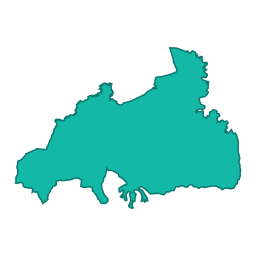 Na Kae, Nakhon Phanom, Thailand
{"feature_id": "78962969B53080362722064", "entity_name": "Na Kae", "entity_type": "district", "adm_level": 2, "iso_a3": "THA", "parent_name": "Thailand", "parent_adm1": "Nakhon Phanom", "projection": "albers", "projection_center": [104.436, 16.963], "detail": "fine", "context": "isolated", "style": "filled", "palette": "teal", "viewbox_px": 256, "rotation_deg": 0, "n_neighbors": 0, "source": "geoboundaries", "source_scale": "gbopen_adm2", "svg_char_len": 5803}
<svg xmlns="http://www.w3.org/2000/svg" viewBox="0 0 256 256"><path d="M233.8,188.2L236.4,183.6L237.3,183.7L237.8,180.2L239.2,179.3L240.4,175.0L240.1,173.4L240.6,170.3L239.7,166.2L240.0,165.0L238.8,162.2L239.8,158.4L238.2,151.6L238.2,141.8L236.6,135.0L236.1,134.9L235.2,132.9L233.3,133.8L231.4,129.6L228.4,133.0L227.7,132.9L226.7,131.1L226.1,132.7L225.4,132.8L224.9,131.6L225.9,130.7L225.3,129.2L227.4,127.9L227.4,127.4L226.4,127.2L226.6,124.8L228.2,122.9L226.9,121.0L223.8,121.8L223.0,120.5L222.1,120.2L220.6,120.6L220.3,121.8L218.8,121.5L217.3,122.3L217.8,120.9L216.6,119.3L216.6,118.6L217.4,118.6L217.8,116.9L219.2,116.4L219.6,115.6L218.8,113.8L216.8,113.2L217.0,111.1L213.6,109.7L212.5,110.1L211.6,111.7L209.7,112.0L209.5,115.6L208.7,116.2L207.2,115.9L206.4,118.0L204.1,117.1L203.1,115.7L203.3,112.0L202.3,110.7L200.4,112.0L197.8,111.3L196.6,112.9L195.8,112.3L196.1,111.0L198.0,109.3L200.8,108.9L203.0,109.4L204.1,108.7L205.0,106.9L204.7,106.0L200.8,104.2L199.0,99.3L200.2,97.5L204.7,96.6L206.8,94.9L208.2,92.6L208.0,91.6L206.6,91.1L206.4,90.6L208.0,88.6L208.3,83.6L207.5,82.4L208.5,82.4L208.6,81.7L207.4,81.5L207.3,83.5L206.7,83.6L205.9,80.9L202.6,79.9L201.3,77.8L202.5,76.6L204.3,77.6L204.7,77.1L205.4,77.6L206.4,77.2L206.6,75.8L207.3,75.6L207.2,74.3L203.8,71.9L204.4,71.7L204.9,69.9L205.4,70.7L206.6,69.7L204.7,68.6L204.9,67.9L203.3,68.2L203.0,67.4L204.5,65.8L205.3,65.3L205.4,66.0L207.0,64.8L207.2,63.1L206.0,62.3L205.4,63.1L202.3,61.8L201.7,60.8L202.6,59.9L201.8,59.4L202.0,58.9L201.4,58.0L202.3,57.2L201.9,56.7L200.4,56.5L200.8,57.5L199.7,57.3L200.1,58.0L199.4,58.4L199.3,57.7L197.3,57.2L196.8,56.7L197.1,56.0L196.4,56.5L195.7,55.3L196.3,55.3L196.8,54.1L195.8,54.2L195.2,52.2L192.5,50.8L190.7,52.5L190.9,53.0L190.0,53.3L189.9,52.8L188.4,52.6L188.1,51.4L187.3,50.8L186.6,51.8L176.6,48.1L169.8,47.8L173.5,60.1L173.5,62.5L174.6,64.0L175.5,67.1L176.7,68.4L177.0,69.9L176.4,71.8L171.3,74.1L162.0,76.7L156.5,77.1L155.6,78.2L154.7,83.4L154.0,84.7L155.0,85.2L155.0,86.5L155.5,86.5L155.3,87.1L155.7,86.9L155.6,87.9L156.1,88.2L154.4,88.5L154.2,87.9L153.1,87.8L153.0,88.5L147.3,91.8L145.0,94.3L130.7,101.2L123.3,103.1L122.5,104.4L120.4,105.1L117.7,104.1L117.5,103.5L116.8,103.4L116.8,101.7L115.8,102.0L115.2,100.6L112.9,100.1L113.0,99.2L111.9,98.8L110.5,100.1L109.7,99.8L110.2,98.4L109.7,96.8L111.6,95.8L110.4,95.2L110.7,94.2L111.2,93.8L112.2,94.7L113.1,93.7L112.7,90.9L111.2,90.2L111.5,89.3L110.8,86.4L111.7,85.1L111.7,83.7L110.4,83.4L110.0,83.8L109.3,83.1L108.5,84.4L109.4,84.5L110.0,85.3L108.2,84.8L107.8,85.2L106.9,83.7L106.1,84.4L105.9,83.6L104.9,83.0L104.0,83.7L103.2,83.5L102.0,86.0L101.5,84.8L100.1,85.6L99.7,86.0L100.7,86.2L100.2,86.6L100.6,87.7L99.5,88.8L100.1,88.7L100.5,89.6L101.9,89.1L102.1,89.9L101.1,91.2L101.0,92.0L101.7,92.1L101.2,93.0L100.0,92.4L99.0,93.2L98.1,93.0L97.6,93.7L97.6,94.5L98.3,95.0L97.8,95.5L98.3,95.7L97.9,96.3L97.4,95.5L96.2,96.0L96.1,94.6L95.1,95.1L95.6,95.3L95.0,95.9L93.5,95.6L94.3,96.4L93.7,96.9L93.3,96.4L92.3,96.8L91.8,95.9L90.1,95.7L88.1,96.7L88.1,98.7L86.3,100.4L85.2,100.0L83.7,101.7L80.8,101.2L80.6,100.7L79.8,101.1L79.8,102.1L77.5,102.4L78.7,102.8L78.6,103.2L76.5,104.5L77.2,106.6L76.4,107.6L76.5,108.7L75.2,109.9L75.3,110.9L76.1,110.9L75.9,112.3L76.6,112.5L75.7,113.5L75.2,113.2L74.6,113.6L74.5,114.1L75.2,114.2L74.6,115.1L73.9,115.5L73.4,114.7L72.3,115.2L70.2,114.8L69.4,116.8L69.1,115.9L67.7,116.7L67.6,116.3L66.1,116.6L66.2,117.0L65.5,117.4L65.8,118.0L65.4,117.8L64.5,118.5L64.7,119.9L64.1,120.4L62.8,120.4L62.7,120.8L61.5,120.1L60.3,120.3L60.6,119.9L59.2,119.3L58.1,119.3L57.8,120.0L56.8,119.5L56.8,120.3L55.9,119.7L55.1,120.2L55.5,120.7L55.2,121.4L56.2,122.5L57.2,125.5L56.5,126.4L55.8,126.2L55.5,127.6L54.2,128.9L53.3,133.1L51.8,135.3L51.2,138.6L50.5,139.1L47.9,145.8L46.7,147.2L46.9,148.6L45.9,149.7L36.8,148.7L35.3,149.8L26.0,153.8L25.7,154.9L21.4,159.7L18.0,161.1L16.9,167.7L17.8,170.2L17.8,174.0L15.9,177.5L16.0,181.3L15.4,182.9L16.7,183.3L21.4,182.3L22.7,183.7L23.5,186.4L24.9,187.3L29.2,188.1L30.5,187.8L32.3,188.6L32.8,190.0L32.2,192.2L33.1,191.7L34.8,191.8L35.8,192.4L36.4,191.8L37.9,192.0L38.1,194.7L38.8,195.5L39.0,196.8L41.7,200.7L42.7,203.4L45.2,201.9L48.0,199.3L47.4,197.5L48.1,196.6L47.7,196.1L48.5,193.7L49.8,192.3L50.8,189.3L52.2,188.0L53.1,186.1L54.9,185.9L56.3,184.7L56.2,181.3L59.9,180.1L63.0,180.7L70.9,179.6L75.0,178.1L77.8,178.0L81.6,180.0L80.8,186.3L84.1,187.6L89.2,186.7L92.0,187.4L92.7,190.1L92.3,190.9L93.5,191.5L96.8,196.1L98.1,199.1L99.5,200.0L100.5,202.7L101.4,203.4L105.7,203.4L107.9,201.2L108.0,199.1L104.0,194.2L101.7,188.0L101.5,183.7L103.5,180.7L103.6,177.9L105.1,176.9L106.9,168.3L108.4,170.5L110.4,170.2L113.2,170.8L118.6,174.1L119.0,176.5L122.7,178.6L126.4,182.6L126.7,184.6L123.8,185.2L119.1,188.3L119.1,191.9L120.4,192.0L122.4,190.2L123.6,190.1L123.2,192.8L123.5,193.9L122.3,194.4L120.8,196.2L122.2,196.2L121.2,197.5L122.0,197.8L123.6,196.6L124.4,197.6L124.2,198.8L125.2,200.4L126.0,200.7L126.9,200.1L126.0,194.3L128.4,191.4L130.9,192.4L129.5,194.2L131.0,200.5L128.7,205.7L129.1,206.8L130.7,207.9L132.6,208.2L133.2,207.7L132.2,206.1L132.1,203.3L133.1,202.2L132.8,201.2L133.9,201.6L135.0,201.0L134.9,198.1L136.0,194.9L135.9,193.9L133.6,191.9L134.5,189.9L137.2,189.9L139.6,191.5L141.4,193.9L142.2,196.4L141.3,201.3L143.2,200.5L144.2,201.6L144.0,199.7L145.5,201.2L146.3,200.1L146.9,200.9L147.8,200.8L147.1,197.9L142.6,190.8L141.4,189.7L138.6,188.6L139.6,187.2L141.3,186.5L144.5,188.4L150.4,193.9L158.9,193.3L163.1,194.8L164.5,194.1L166.7,191.7L169.2,192.0L171.0,190.6L173.9,190.6L175.6,187.1L177.1,186.6L178.7,186.9L181.8,185.5L185.5,187.0L187.2,187.2L189.9,184.5L191.7,184.7L193.6,186.7L196.2,186.9L198.4,188.1L199.5,188.0L201.0,186.8L204.7,187.4L213.2,185.8L216.6,186.3L218.2,187.4L220.8,188.0L222.0,189.7L224.5,188.3L227.2,188.0L230.5,188.8L233.8,188.2Z" fill="#14b8a6" stroke="#0f766e" stroke-width="1.5"/></svg>